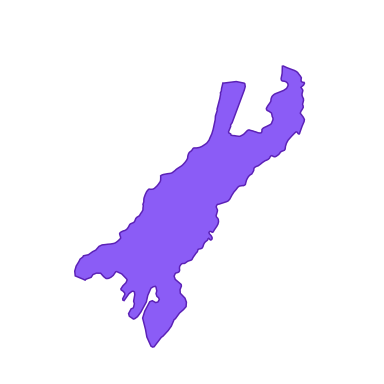 the district of San José El Ídolo, Suchitepéquez, Guatemala, rotated 208°
{"feature_id": "79465075B37305924039286", "entity_name": "San José El Ídolo", "entity_type": "district", "adm_level": 2, "iso_a3": "GTM", "parent_name": "Guatemala", "parent_adm1": "Suchitepéquez", "projection": "robinson", "projection_center": [-91.439, 14.373], "detail": "fine", "context": "isolated", "style": "filled", "palette": "violet", "viewbox_px": 384, "rotation_deg": 208, "n_neighbors": 0, "source": "geoboundaries", "source_scale": "gbopen_adm2", "svg_char_len": 6081}
<svg xmlns="http://www.w3.org/2000/svg" viewBox="0 0 384 384"><g transform="rotate(208 192 192)"><path d="M255.7,63.1L247.2,63.9L245.0,64.0L244.6,65.3L241.0,69.3L240.7,72.6L238.3,75.5L234.5,77.4L230.2,75.8L227.4,75.3L226.5,75.6L225.0,76.7L223.6,78.6L222.4,81.4L221.9,85.7L221.1,86.4L215.6,86.7L209.1,84.6L208.0,83.9L207.7,81.0L209.0,76.6L209.3,73.0L208.6,72.3L206.0,72.0L203.9,71.1L203.2,69.9L203.1,65.2L202.3,64.1L201.0,64.2L199.9,72.7L198.3,76.2L197.2,76.8L195.9,76.7L194.3,74.4L192.3,68.2L190.4,66.3L189.5,62.8L189.6,61.8L190.9,60.2L190.9,54.8L189.0,52.9L184.1,52.3L183.1,53.2L181.6,56.3L180.8,62.0L180.7,73.5L182.5,79.9L183.1,87.8L181.7,90.2L180.1,91.5L179.0,91.0L177.5,89.1L176.7,88.2L176.0,85.3L174.0,83.4L171.8,82.9L170.4,81.7L170.5,78.8L172.2,77.3L176.0,77.4L177.8,75.3L177.8,64.8L176.4,57.5L168.6,48.9L163.8,42.8L155.8,36.6L153.9,36.6L152.8,37.6L150.9,49.2L149.9,51.2L148.0,58.5L147.3,63.8L147.9,71.0L147.2,72.2L146.2,79.3L144.3,84.2L143.4,88.0L145.2,92.1L148.4,95.0L154.8,97.1L156.7,100.1L157.2,104.0L158.2,105.3L165.8,107.0L168.3,109.3L168.5,112.1L168.1,113.0L166.7,114.3L166.1,115.2L166.0,116.1L166.1,116.8L166.4,117.5L167.0,118.3L167.5,119.3L167.9,120.3L167.9,121.3L167.7,123.0L167.2,124.0L166.7,124.5L165.2,125.3L164.5,126.3L164.1,127.2L163.7,128.0L163.2,128.9L162.6,129.6L161.0,131.2L160.5,131.9L160.3,132.9L160.4,134.2L160.3,135.2L160.2,136.2L159.9,138.4L159.8,139.5L159.3,141.4L159.3,142.1L159.7,144.1L159.0,145.0L157.7,146.0L156.9,146.9L156.7,147.6L156.7,148.8L156.8,149.7L157.1,151.0L157.1,152.8L157.0,153.4L156.8,154.3L155.8,156.6L155.7,157.5L155.9,158.1L155.6,158.9L154.8,158.9L153.9,158.4L152.8,158.4L152.3,159.4L152.3,160.1L152.7,161.0L153.2,161.5L154.6,162.4L157.1,163.3L158.0,164.1L158.0,164.8L157.8,165.5L157.3,165.8L156.6,166.0L155.2,165.9L154.6,166.6L154.5,169.1L154.0,173.4L154.0,175.9L154.6,178.2L155.8,180.0L156.8,180.8L158.1,181.2L158.7,181.5L159.6,182.4L160.5,186.7L161.0,188.0L163.2,189.8L163.8,190.6L163.9,191.2L163.9,191.9L163.7,193.0L162.4,194.0L157.0,199.6L156.0,200.9L155.7,201.8L155.3,203.5L155.3,207.8L155.0,211.6L154.2,215.0L153.8,217.6L153.0,219.4L150.8,221.1L149.5,221.8L148.9,222.6L148.4,223.6L148.8,225.1L149.5,228.3L149.5,230.2L149.4,232.2L148.7,234.4L147.7,236.0L147.6,238.1L147.6,239.9L148.4,241.9L148.3,242.9L147.6,244.3L145.8,246.3L144.7,248.6L143.6,251.2L142.2,253.8L140.8,255.5L140.0,256.7L139.5,258.1L139.5,259.9L139.3,260.8L138.6,261.6L137.9,261.6L136.5,261.6L135.3,262.0L134.4,263.1L133.1,265.7L132.7,267.5L132.7,268.5L132.0,269.9L130.8,271.3L130.0,272.3L129.9,273.6L130.9,276.2L131.5,279.4L131.5,282.8L130.3,287.9L129.1,292.0L128.4,293.8L127.7,294.2L126.7,294.0L126.0,293.5L125.3,293.3L124.6,293.5L124.5,294.1L124.8,295.7L125.7,301.9L126.1,306.8L126.8,308.8L128.9,310.3L133.4,312.4L133.6,313.6L133.7,315.2L133.5,316.3L133.5,318.9L134.3,320.2L135.3,321.0L135.7,321.8L136.5,325.2L137.5,326.8L138.9,327.7L140.3,329.1L141.0,330.5L141.7,333.5L142.3,334.2L144.9,335.5L144.8,336.1L143.7,338.8L143.7,339.9L143.8,340.9L144.6,341.4L145.8,340.8L147.4,340.9L148.1,341.8L148.7,343.0L149.0,344.1L150.5,345.1L153.0,346.2L154.8,347.1L156.4,347.4L158.8,347.4L161.5,347.0L164.5,346.6L167.0,346.3L167.6,346.3L170.6,346.1L171.3,345.5L168.2,339.3L167.7,337.8L166.8,334.7L166.6,334.0L165.8,332.9L165.2,332.5L164.1,332.5L162.3,333.2L161.7,333.3L161.1,333.4L160.2,333.3L159.5,333.2L158.8,332.9L157.9,332.3L157.2,331.1L157.1,330.3L157.1,328.7L157.2,327.7L157.6,327.0L158.8,324.7L162.5,320.3L163.9,318.7L165.0,317.3L165.3,316.7L165.6,316.0L166.1,314.6L166.2,313.3L166.0,311.9L165.8,311.0L165.2,309.7L165.0,308.8L165.1,307.1L165.5,304.1L165.6,302.9L165.6,300.9L165.4,300.3L164.6,299.6L164.0,299.3L163.3,299.3L162.0,299.4L160.3,299.2L159.4,299.1L158.8,298.9L158.4,298.5L157.3,297.2L156.7,296.4L155.3,295.3L154.8,294.6L154.5,293.8L154.3,292.8L154.3,292.1L154.0,289.9L154.2,289.1L154.6,288.2L156.8,285.1L158.3,283.1L158.8,282.4L159.2,281.6L159.5,280.5L159.5,279.7L158.9,278.8L158.7,278.2L158.6,277.1L159.0,276.5L159.5,276.1L160.4,275.7L161.5,275.3L164.0,275.0L165.1,274.7L166.8,274.5L169.1,273.9L170.5,273.7L171.2,273.3L171.8,272.6L172.1,271.9L172.9,269.1L173.3,267.7L174.1,266.1L174.9,265.0L175.7,263.8L176.7,263.2L178.8,262.4L181.2,261.6L182.2,261.1L184.1,260.5L185.1,261.4L187.3,261.5L188.0,262.3L188.6,268.0L189.4,269.4L189.1,272.0L193.7,306.6L194.5,310.1L196.2,312.4L197.1,312.6L204.8,310.3L215.1,303.1L215.9,302.8L214.5,297.3L213.5,294.8L213.5,292.9L212.7,291.8L211.3,287.5L208.8,276.9L208.0,275.7L207.0,270.1L205.4,266.6L202.7,257.1L201.8,252.6L201.6,248.9L201.5,247.5L201.3,246.1L201.6,243.7L201.8,242.5L202.5,240.8L203.2,239.5L204.7,236.8L205.3,236.1L205.9,235.3L206.9,234.4L208.3,233.3L208.9,232.9L211.0,231.8L211.5,231.0L211.7,229.0L211.9,228.1L212.2,227.4L212.7,226.4L213.0,225.5L213.0,224.9L213.0,224.0L212.8,222.8L212.5,221.6L211.8,219.9L211.7,219.1L211.7,218.3L211.7,217.4L212.1,214.7L212.8,212.0L213.4,210.3L216.0,205.7L216.7,204.2L217.0,203.1L218.0,200.9L218.8,199.3L219.4,198.7L220.4,197.9L221.9,196.9L225.4,194.1L226.2,193.3L226.9,192.4L227.3,191.5L226.8,190.8L225.8,188.8L225.2,187.5L225.0,186.5L225.0,185.8L225.3,183.2L225.7,181.1L226.5,178.7L226.9,177.6L227.5,176.6L228.1,176.0L228.7,175.6L229.7,175.0L231.1,174.5L231.6,174.0L232.0,172.3L232.2,171.3L232.2,170.5L232.1,168.2L232.0,167.4L231.6,164.6L231.4,163.8L231.0,162.8L230.0,160.8L229.8,160.0L229.7,159.0L229.4,157.8L228.9,157.4L228.5,156.9L228.0,155.4L227.6,154.5L227.2,153.7L226.9,153.0L226.9,152.1L226.9,151.2L227.2,148.9L227.3,146.5L227.7,145.6L228.7,144.0L229.0,143.2L229.2,142.1L228.9,139.9L228.9,139.0L229.0,138.2L229.5,137.3L230.9,135.6L231.4,134.9L231.7,134.1L231.7,133.3L231.7,130.9L231.8,130.1L232.1,128.5L232.9,126.9L233.6,126.1L234.4,125.4L235.0,124.6L235.8,123.5L236.4,122.2L236.3,121.1L234.9,119.6L233.9,118.7L233.3,117.5L234.0,115.2L234.6,113.5L235.3,112.0L235.7,111.3L236.1,110.7L237.0,109.8L239.4,107.9L241.9,106.3L244.0,104.8L246.1,103.4L246.6,103.0L247.5,101.8L248.1,101.0L248.6,100.3L249.7,95.5L251.7,92.7L254.0,88.0L257.9,84.7L257.9,83.3L259.3,80.2L259.2,77.7L259.5,72.2L258.4,67.1L255.7,63.1Z" fill="#8b5cf6" stroke="#5b21b6" stroke-width="1.5"/></g></svg>